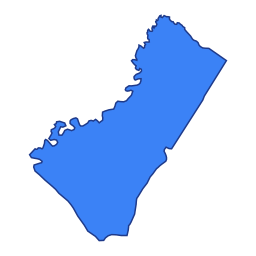 Muar, Johor, Malaysia
{"feature_id": "92858781B4939885294010", "entity_name": "Muar", "entity_type": "district", "adm_level": 2, "iso_a3": "MYS", "parent_name": "Malaysia", "parent_adm1": "Johor", "projection": "albers", "projection_center": [102.758, 2.134], "detail": "fine", "context": "isolated", "style": "filled", "palette": "blue", "viewbox_px": 256, "rotation_deg": 0, "n_neighbors": 0, "source": "geoboundaries", "source_scale": "gbopen_adm2", "svg_char_len": 3265}
<svg xmlns="http://www.w3.org/2000/svg" viewBox="0 0 256 256"><path d="M147.0,32.8L147.3,34.3L147.9,35.0L147.8,36.3L147.6,37.4L147.8,38.8L149.0,39.5L149.3,41.9L148.2,42.1L146.0,42.0L144.2,42.5L144.9,43.8L145.5,44.6L144.6,45.7L144.5,47.5L143.6,48.2L142.4,47.3L140.9,46.0L139.0,45.1L138.9,47.1L138.0,49.0L136.9,50.7L135.4,55.7L136.0,58.0L136.9,59.3L136.8,60.3L134.8,59.7L132.7,59.6L131.5,60.8L133.5,63.5L135.0,65.0L136.1,65.8L135.4,68.0L136.5,69.5L138.9,70.4L139.7,68.5L141.3,69.3L141.5,70.9L140.6,72.1L139.6,73.0L136.2,74.4L134.1,76.5L134.0,77.9L134.6,79.6L135.5,80.0L138.2,78.9L141.0,78.7L140.9,80.9L140.1,83.1L139.0,84.2L137.2,85.1L131.4,85.9L129.0,85.8L125.9,87.9L125.3,89.8L126.1,90.8L127.5,91.1L129.3,90.8L130.9,90.2L132.8,91.2L131.4,95.3L128.3,98.5L126.5,100.7L123.7,101.8L120.4,101.6L117.8,101.2L115.8,103.1L115.0,106.2L113.7,109.1L111.6,109.4L109.0,109.8L105.2,111.0L102.6,112.1L102.3,115.7L102.8,117.9L102.6,120.3L100.7,121.6L99.2,122.8L97.5,120.9L95.6,119.4L93.4,121.0L91.1,120.4L89.0,120.9L87.7,123.0L84.9,124.8L82.8,126.0L80.7,126.0L79.6,124.8L78.4,121.6L77.5,118.9L75.9,117.9L73.5,118.5L71.1,119.7L70.1,121.0L70.1,123.4L71.3,124.6L73.1,125.8L74.8,127.7L74.1,129.5L71.6,130.6L67.5,129.2L64.8,130.4L63.4,133.1L61.9,135.2L59.0,135.1L58.3,131.9L60.7,126.8L62.9,127.1L65.9,125.8L64.7,123.0L59.6,121.3L56.6,121.8L56.2,123.6L54.4,124.5L55.7,126.4L55.1,127.6L53.8,128.6L51.3,129.7L51.1,131.6L52.0,133.0L51.0,135.1L48.9,138.6L50.7,140.3L54.1,139.5L56.6,140.1L57.7,142.4L56.6,144.3L54.4,145.8L52.5,146.1L51.0,144.6L48.6,141.8L47.4,140.4L45.6,139.5L44.7,140.6L44.5,143.3L43.6,146.0L42.9,148.0L42.0,148.8L40.4,148.0L38.3,147.9L37.5,148.9L37.0,149.2L35.9,149.3L35.1,148.8L29.6,154.7L31.4,157.6L34.8,158.3L37.2,158.7L39.7,159.4L42.1,161.3L41.6,162.7L39.7,163.2L34.1,165.0L33.7,167.1L35.1,171.1L39.5,174.8L45.1,180.2L49.5,183.9L55.6,189.3L58.9,193.3L63.3,197.0L68.0,201.0L71.0,204.7L73.3,208.0L77.8,216.1L84.3,225.2L87.8,231.1L95.5,236.4L99.2,240.6L103.7,240.4L105.5,237.8L108.3,235.7L111.6,234.6L116.3,234.8L121.2,235.5L127.0,235.5L128.2,230.3L128.6,226.9L128.6,225.7L129.8,224.4L131.1,222.0L134.6,214.1L136.1,204.3L136.2,202.7L136.4,200.6L136.7,198.5L138.3,196.1L142.8,188.7L147.1,183.1L150.1,177.0L152.9,173.7L156.5,168.7L158.2,167.3L159.7,165.8L161.6,164.3L163.8,162.7L165.8,161.2L166.5,159.4L166.5,157.5L166.1,155.8L165.3,153.7L164.1,151.3L164.4,149.5L166.1,147.2L169.1,148.6L171.6,148.8L202.8,100.0L204.3,96.1L226.4,60.6L208.9,48.4L207.6,48.3L205.0,48.2L202.6,47.9L200.3,46.5L198.9,44.9L198.1,42.7L196.5,41.2L193.6,40.1L192.4,39.0L190.6,36.1L186.3,31.4L184.7,29.4L184.7,27.7L182.8,26.5L182.1,25.4L180.3,24.1L179.2,23.0L177.3,22.7L176.7,24.3L175.0,24.2L173.7,22.8L173.1,21.7L171.7,21.6L170.2,20.2L169.4,18.9L169.5,18.0L169.5,17.0L168.0,16.7L166.5,16.7L164.1,15.6L163.3,16.5L162.3,17.6L160.8,16.9L161.0,16.1L161.0,15.4L159.8,15.8L158.5,17.9L158.1,18.6L158.1,19.8L157.5,20.5L156.5,20.0L156.5,20.9L155.7,21.4L155.9,22.4L156.5,23.3L156.9,24.2L156.5,25.2L156.1,26.0L155.5,26.5L154.9,26.1L154.0,26.1L154.3,27.2L154.0,28.0L153.5,27.4L152.8,26.3L152.3,27.1L152.0,28.2L152.0,29.0L152.5,30.2L152.5,30.8L152.0,31.3L150.9,31.3L150.1,31.2L149.5,30.7L149.1,29.8L148.5,29.3L147.7,30.4L147.6,31.4L147.6,32.2L147.0,32.8Z" fill="#3b82f6" stroke="#1e3a8a" stroke-width="1.5"/></svg>